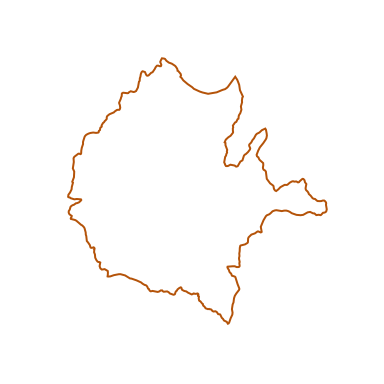 Solok Selatan, Sumatera Barat, Indonesia (Albers equal-area conic projection), rotated 71°
{"feature_id": "22746128B25846553351835", "entity_name": "Solok Selatan", "entity_type": "district", "adm_level": 2, "iso_a3": "IDN", "parent_name": "Indonesia", "parent_adm1": "Sumatera Barat", "projection": "albers", "projection_center": [101.284, -1.364], "detail": "fine", "context": "isolated", "style": "outline", "palette": "amber", "viewbox_px": 384, "rotation_deg": 71, "n_neighbors": 0, "source": "geoboundaries", "source_scale": "gbopen_adm2", "svg_char_len": 6018}
<svg xmlns="http://www.w3.org/2000/svg" viewBox="0 0 384 384"><g transform="rotate(71 192 192)"><path d="M155.9,102.1L156.3,105.8L157.7,108.9L158.1,111.8L158.8,113.1L161.5,116.0L162.6,117.9L164.5,119.9L165.5,122.0L166.2,122.7L167.1,122.9L169.6,122.7L170.7,123.4L172.5,126.1L173.7,128.8L173.9,130.0L174.6,131.1L178.5,134.0L179.0,136.4L182.4,140.3L182.5,141.5L182.1,142.3L180.9,143.0L178.7,146.8L179.1,149.4L178.9,150.6L178.4,151.5L176.8,151.8L176.5,151.7L174.4,151.9L169.6,149.2L168.6,147.9L167.3,147.2L166.2,146.0L164.9,145.8L163.7,145.0L158.6,145.1L156.5,144.4L155.7,145.0L153.5,143.0L152.1,139.9L151.4,137.2L149.3,134.0L148.7,133.6L147.8,133.5L145.2,132.7L144.3,132.0L142.5,131.7L140.3,128.7L140.1,127.3L138.0,125.2L137.8,124.2L135.4,123.1L134.5,122.4L133.2,120.7L130.3,118.5L127.0,117.9L123.4,115.4L122.0,115.1L119.3,113.8L118.4,112.8L111.4,113.5L106.0,112.5L102.6,112.6L100.7,112.7L97.1,113.6L104.1,123.6L104.8,124.9L105.5,127.2L105.4,130.0L105.8,136.2L104.4,144.8L101.3,149.7L99.6,151.9L95.1,156.6L93.0,157.7L88.5,161.0L83.6,163.9L80.8,164.7L79.3,165.5L78.1,164.4L76.6,164.3L73.2,165.6L72.6,166.2L72.2,166.0L70.5,165.9L67.9,166.6L67.1,167.0L64.1,169.3L61.9,172.0L60.8,172.6L59.8,173.4L57.4,174.2L56.8,174.9L55.8,176.9L57.3,178.5L58.7,179.7L61.7,179.6L62.6,180.1L62.9,180.6L62.6,181.5L61.4,183.0L61.2,184.1L62.2,185.8L63.6,187.2L65.9,190.3L66.0,191.8L67.6,195.1L67.6,196.1L67.2,196.8L66.1,197.2L63.3,197.4L61.8,199.3L61.9,200.0L62.4,200.8L64.0,202.1L66.1,203.2L67.5,204.3L69.9,205.3L70.4,206.2L75.6,209.1L78.3,212.0L78.6,213.6L78.4,214.8L76.8,217.1L77.2,219.2L77.7,220.0L77.6,220.8L75.7,224.8L76.0,226.2L78.7,227.4L79.3,228.1L80.7,229.0L83.8,231.8L84.6,232.0L86.3,231.9L88.9,232.4L90.0,233.1L90.6,233.9L90.1,235.5L90.0,236.4L90.7,238.8L91.3,240.0L91.6,244.7L92.5,247.2L92.9,247.8L93.6,248.3L94.6,248.6L95.3,249.0L96.1,250.4L96.5,251.4L97.4,252.5L97.8,253.7L99.0,255.1L99.6,255.8L100.6,256.0L101.0,256.4L101.3,257.6L101.8,258.0L103.5,258.9L103.9,260.1L105.2,260.9L105.3,261.4L104.9,263.4L103.6,266.1L103.1,268.9L103.1,270.9L103.3,272.3L103.5,273.4L104.2,274.8L104.9,275.6L108.1,278.0L109.3,278.8L111.2,279.4L114.3,281.8L116.8,283.2L119.3,284.2L119.8,284.6L119.9,285.1L118.9,286.4L118.8,287.1L120.4,291.8L121.5,293.0L125.2,294.0L130.9,297.0L134.3,296.7L139.6,298.8L143.4,301.9L144.4,301.5L148.1,304.0L150.3,305.0L152.8,307.5L154.3,309.7L156.2,310.7L156.7,310.5L157.4,309.3L158.3,308.8L160.6,305.7L161.1,303.2L162.8,299.4L163.5,299.3L164.2,300.3L165.0,302.3L165.1,304.2L164.9,305.5L165.6,307.7L165.6,309.1L165.9,310.6L166.6,311.8L168.8,313.3L169.9,314.7L171.0,315.2L172.0,315.3L173.2,315.1L175.5,313.5L176.5,314.1L176.8,314.7L177.6,315.3L178.0,315.3L180.4,311.7L181.5,310.7L187.0,307.5L187.8,306.7L189.9,305.7L191.3,305.4L195.6,305.7L197.8,306.3L199.2,306.3L204.1,307.4L205.9,306.7L208.8,305.9L211.4,306.0L211.9,305.6L212.2,304.9L212.3,303.0L213.3,302.5L214.0,302.6L214.3,303.2L214.6,303.1L217.1,304.2L219.4,304.1L222.6,304.9L225.1,304.6L227.0,304.0L227.8,303.2L228.2,302.2L228.8,301.7L232.0,303.5L234.4,303.5L236.0,302.5L236.5,299.7L239.2,297.4L240.4,297.6L242.5,298.4L245.1,299.7L244.5,299.1L245.2,296.8L245.2,292.9L245.9,288.0L246.4,286.4L249.1,282.4L253.5,278.8L254.2,277.4L257.5,273.2L260.9,269.6L262.6,268.6L264.5,267.0L265.0,266.1L265.8,265.5L267.0,265.1L268.8,265.0L269.2,264.9L269.6,264.4L271.2,264.2L272.0,263.8L272.5,263.3L272.7,261.5L275.3,257.0L275.4,255.6L274.9,253.5L275.4,252.2L276.2,252.0L277.1,251.2L277.9,247.9L279.1,246.7L280.7,246.0L283.1,243.0L283.2,241.9L282.9,241.3L281.3,240.2L280.6,239.3L280.4,238.5L279.4,237.4L278.6,235.1L278.5,233.6L279.3,233.2L280.9,233.3L281.4,233.1L283.0,231.6L284.2,229.7L285.7,228.7L288.7,225.7L288.8,224.5L288.5,223.9L288.5,223.3L289.1,222.6L289.5,221.7L289.8,219.7L290.5,219.3L291.1,219.4L291.3,219.9L291.9,220.1L292.4,220.1L292.9,219.5L293.2,219.5L294.7,220.3L296.9,220.6L297.6,220.3L298.0,219.7L300.9,218.7L301.4,218.2L303.0,218.4L304.5,217.5L306.4,217.0L308.0,215.0L308.1,213.9L308.5,213.6L309.0,212.5L309.5,212.0L311.2,211.4L312.0,210.6L312.4,208.7L313.1,208.0L313.7,207.6L316.0,207.0L316.8,205.4L317.1,205.2L320.6,204.8L322.1,204.0L323.9,203.6L326.1,201.4L328.2,201.0L328.2,200.3L327.6,199.4L324.0,196.6L321.1,193.8L319.2,192.9L315.8,192.4L311.6,190.2L309.9,188.7L306.2,186.9L304.1,185.3L302.4,183.2L299.9,179.4L299.1,178.8L298.1,178.7L294.0,178.9L286.6,178.7L285.9,179.1L284.1,181.5L281.8,181.6L280.8,182.2L279.6,182.6L277.7,182.5L275.9,183.0L274.6,183.0L274.2,182.7L274.3,182.2L275.5,177.6L276.1,175.8L277.5,174.2L278.0,172.8L278.1,171.9L277.8,171.3L277.0,170.9L274.6,170.4L273.7,169.7L270.5,169.3L269.3,168.8L268.1,168.0L265.5,167.3L263.5,166.2L260.4,165.0L258.6,163.9L258.4,163.5L258.8,158.9L258.2,156.1L257.7,155.5L254.1,154.0L253.2,153.1L251.6,149.7L251.6,146.0L250.7,143.1L250.7,142.4L252.6,140.2L252.6,139.6L252.4,139.1L247.3,138.3L242.0,133.6L239.0,130.1L238.4,128.9L238.2,126.0L237.3,123.8L236.6,122.5L236.4,121.6L236.4,119.5L236.7,118.1L239.3,113.3L239.6,111.0L240.3,108.9L241.2,107.5L242.6,106.0L244.5,104.6L247.6,100.7L249.3,96.9L249.8,94.3L248.9,89.3L249.3,86.8L251.6,84.5L252.1,83.2L254.3,82.0L254.8,79.5L255.7,78.1L255.7,77.5L254.3,74.9L254.6,73.4L254.5,72.2L253.8,71.2L252.2,70.2L247.8,69.5L246.3,68.8L245.5,68.7L244.0,69.2L243.1,69.8L242.6,71.4L242.7,72.5L242.4,73.7L241.5,76.1L241.0,76.6L238.6,78.0L238.0,79.2L237.1,80.0L234.1,81.0L231.9,82.2L230.5,82.2L229.1,82.6L227.6,83.4L226.8,83.6L225.4,83.4L221.7,81.3L219.6,82.0L217.5,81.8L216.0,82.4L215.6,83.0L215.7,83.8L217.0,86.9L217.5,87.6L217.5,88.2L217.4,88.7L216.1,89.8L215.9,90.3L215.5,91.9L214.7,93.0L214.6,94.2L215.0,96.5L216.2,99.4L216.1,100.3L215.4,102.1L216.2,106.8L217.6,109.5L218.5,112.1L217.7,112.9L216.3,113.4L214.9,113.4L213.0,113.0L212.0,113.4L209.3,115.3L203.9,117.0L196.7,115.5L195.5,115.9L194.3,117.0L193.2,117.2L192.0,117.0L189.7,115.8L187.8,115.3L183.9,117.5L182.4,117.9L181.0,117.9L179.4,118.9L177.9,118.8L174.5,116.0L171.9,113.3L169.0,108.7L166.3,105.1L165.3,104.1L163.0,102.8L160.7,102.3L157.2,101.8L155.9,102.1Z" fill="none" stroke="#b45309" stroke-width="2"/></g></svg>